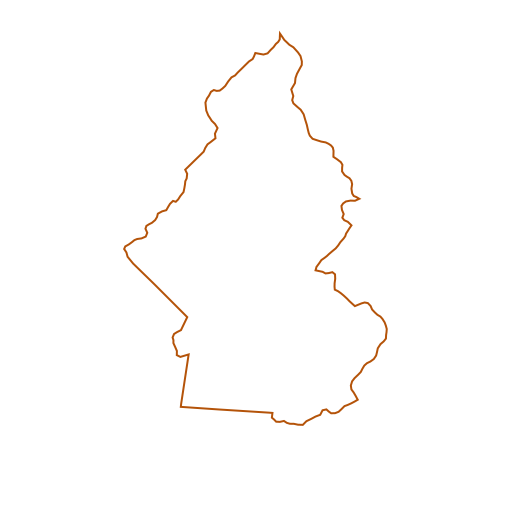 Tanque Novo, Bahia, Brazil, rotated 238°
{"feature_id": "56859067B80880308839794", "entity_name": "Tanque Novo", "entity_type": "district", "adm_level": 2, "iso_a3": "BRA", "parent_name": "Brazil", "parent_adm1": "Bahia", "projection": "orthographic", "projection_center": [-42.526, -13.552], "detail": "fine", "context": "isolated", "style": "outline", "palette": "amber", "viewbox_px": 512, "rotation_deg": 238, "n_neighbors": 0, "source": "geoboundaries", "source_scale": "gbopen_adm2", "svg_char_len": 3128}
<svg xmlns="http://www.w3.org/2000/svg" viewBox="0 0 512 512"><g transform="rotate(238 256 256)"><path d="M167.9,112.3L145.3,143.5L116.2,184.1L114.2,186.8L110.5,183.8L107.7,184.7L104.8,185.3L102.7,188.3L101.3,192.3L98.2,193.7L95.8,195.8L93.6,199.2L90.7,202.2L88.0,206.2L89.2,211.2L88.6,216.6L88.3,221.4L87.3,226.3L89.9,230.7L88.6,234.4L85.5,235.3L82.8,236.4L80.8,239.8L80.1,243.5L80.8,247.2L81.8,251.5L81.1,254.8L80.6,258.5L80.3,262.4L80.2,266.1L84.8,266.4L88.6,266.5L92.3,266.2L95.9,267.8L98.8,271.1L100.2,274.9L101.2,279.8L102.1,283.4L104.0,286.5L105.7,289.8L106.3,293.3L105.9,297.1L106.2,301.3L107.9,305.1L110.0,307.3L113.2,310.4L115.3,314.9L115.9,319.0L117.1,322.4L120.1,324.5L122.2,326.3L124.8,328.2L128.1,329.2L131.5,329.9L135.6,329.9L138.7,329.4L141.8,327.8L145.1,326.9L149.1,326.1L152.9,326.7L156.8,325.9L159.0,323.5L159.9,320.4L160.6,316.3L161.1,313.3L164.6,312.3L168.2,311.3L171.6,310.6L176.0,309.4L179.6,308.2L182.7,306.9L185.7,305.0L188.3,306.3L191.2,308.2L194.7,311.1L198.6,313.3L201.8,312.2L203.0,308.6L204.4,305.7L207.3,304.1L209.6,301.7L212.3,298.9L214.7,301.5L216.3,305.6L217.9,309.3L218.1,313.1L218.4,316.1L219.0,319.0L219.6,323.0L220.2,327.6L221.4,331.3L223.0,334.8L224.4,339.6L225.5,342.2L227.3,344.3L228.6,347.1L229.8,349.5L231.4,353.2L236.3,352.0L239.6,349.8L242.7,349.5L245.1,352.6L249.5,353.3L253.2,355.0L254.4,357.7L254.6,361.2L252.9,365.5L250.4,369.2L249.8,373.9L252.9,372.3L255.1,370.7L258.0,370.7L262.5,372.6L266.0,375.6L269.2,376.7L272.4,376.5L275.1,375.1L277.8,374.0L282.1,373.8L285.2,375.8L287.5,377.6L290.6,377.7L295.1,376.0L299.1,374.2L304.1,377.5L307.2,378.6L310.0,378.2L312.7,377.0L315.4,375.3L318.5,371.9L321.9,369.0L325.4,366.1L329.5,365.4L332.4,365.9L335.8,367.0L340.3,368.6L345.3,369.9L350.9,371.5L356.4,371.4L360.4,370.1L365.6,368.6L369.0,369.3L371.9,372.4L375.3,373.3L378.6,374.2L382.0,380.7L386.0,383.8L388.8,387.3L392.1,393.1L393.7,396.0L396.7,398.0L402.0,399.7L406.4,399.5L413.2,398.3L417.5,396.2L420.8,395.4L424.2,394.5L427.6,394.4L431.9,394.2L427.1,390.9L425.8,388.3L425.3,385.2L423.8,381.5L423.0,377.7L421.7,373.2L422.9,369.1L425.8,365.9L428.5,363.0L426.2,359.9L424.8,357.5L424.7,353.2L423.6,348.2L422.4,342.9L421.3,337.8L420.2,333.9L420.5,329.9L418.8,325.0L416.5,320.0L415.8,316.3L415.5,312.8L416.9,310.1L419.1,308.2L419.1,304.8L416.9,301.1L415.5,297.8L412.9,294.4L408.8,292.4L405.7,290.9L400.5,290.0L397.2,290.1L394.1,290.1L389.6,291.2L384.9,291.2L383.2,288.6L381.5,286.0L377.3,284.0L376.6,277.3L376.4,274.1L374.5,270.2L372.2,266.9L366.7,241.7L362.2,241.2L358.5,238.3L356.9,235.7L354.2,233.6L351.4,231.1L348.6,228.4L347.0,223.7L345.2,219.9L344.5,216.7L346.7,214.8L345.8,210.7L344.3,207.7L342.4,204.2L343.6,200.1L343.9,195.2L341.5,192.7L339.9,189.5L339.3,185.3L339.6,182.2L339.6,179.0L337.7,176.7L333.3,176.1L330.9,172.8L331.6,168.2L333.4,164.2L333.9,161.3L333.5,158.3L333.2,154.3L333.4,150.2L331.8,147.9L327.7,148.0L323.4,146.7L314.7,147.8L286.1,154.8L240.6,165.3L232.9,153.1L233.3,148.7L233.3,145.2L231.1,142.1L228.4,141.4L225.9,139.8L221.4,139.2L217.4,138.6L213.9,136.3L210.5,138.4L208.2,146.7L170.2,114.1L167.9,112.3Z" fill="none" stroke="#b45309" stroke-width="2"/></g></svg>